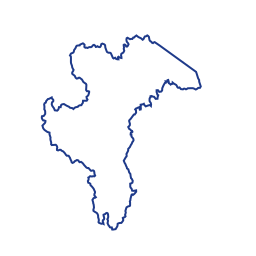 Ataléia, Minas Gerais, Brazil, rotated 344°
{"feature_id": "56859067B60504101034226", "entity_name": "Ataléia", "entity_type": "district", "adm_level": 2, "iso_a3": "BRA", "parent_name": "Brazil", "parent_adm1": "Minas Gerais", "projection": "equal_earth", "projection_center": [-41.183, -18.216], "detail": "fine", "context": "isolated", "style": "outline", "palette": "blue", "viewbox_px": 256, "rotation_deg": 344, "n_neighbors": 0, "source": "geoboundaries", "source_scale": "gbopen_adm2", "svg_char_len": 5712}
<svg xmlns="http://www.w3.org/2000/svg" viewBox="0 0 256 256"><g transform="rotate(344 128 128)"><path d="M119.1,39.8L118.2,38.7L117.2,38.8L115.6,39.9L114.6,40.1L113.7,39.7L112.8,39.6L111.1,39.9L110.3,39.3L109.1,39.1L108.4,38.0L109.2,36.0L108.6,34.9L108.0,34.2L105.0,34.6L104.3,35.3L103.4,35.0L101.6,34.8L100.9,35.1L99.3,37.0L97.7,38.2L97.1,39.4L96.4,40.3L95.3,40.6L94.2,40.6L93.5,40.9L92.2,42.3L92.8,43.4L92.5,44.8L91.3,48.9L91.1,50.0L91.3,52.9L91.1,54.2L91.3,55.7L91.7,57.1L91.0,58.1L90.0,58.9L89.4,59.8L89.5,61.0L90.1,61.6L91.2,63.2L91.5,65.2L92.2,66.3L93.4,66.5L94.2,66.1L95.3,66.3L96.2,67.5L97.1,68.7L97.8,71.5L99.8,74.0L99.9,75.1L98.2,79.9L98.7,81.3L100.0,81.7L100.7,82.2L100.4,83.2L99.0,85.4L98.0,86.1L96.7,86.6L96.5,88.0L96.9,89.5L95.8,90.4L92.3,89.4L91.5,91.4L90.1,92.5L89.5,93.2L87.8,92.9L86.5,93.1L85.6,93.8L83.0,93.6L80.7,94.7L80.2,93.7L77.8,92.5L77.1,91.3L75.1,89.6L73.0,87.3L71.2,87.1L70.2,87.4L69.5,88.3L69.0,89.4L67.4,88.9L66.8,90.1L65.9,91.2L64.7,91.8L62.5,90.8L62.3,88.7L61.3,85.9L61.2,84.3L61.7,83.0L62.3,82.2L63.1,82.0L63.7,81.4L63.9,80.3L63.5,79.4L63.0,78.7L63.1,77.6L60.2,78.2L59.0,78.1L56.7,79.6L56.0,80.9L54.7,81.2L53.9,82.2L53.5,84.7L52.7,87.0L53.0,88.3L52.9,89.5L52.3,91.6L50.5,93.1L49.7,93.2L48.7,92.9L48.2,93.6L47.9,94.8L48.1,96.2L48.6,97.4L49.7,97.7L50.6,98.5L50.2,99.5L49.5,100.3L46.4,102.1L46.4,104.7L46.8,106.0L47.4,107.1L49.5,109.7L50.3,110.1L51.3,110.8L50.8,112.5L50.9,115.8L50.4,117.0L50.2,118.2L50.2,120.5L50.0,121.5L49.6,122.3L50.0,123.4L53.9,124.2L54.4,125.0L54.7,126.1L54.6,127.4L53.9,128.5L53.7,129.6L54.6,130.3L56.5,130.1L57.4,130.5L57.8,131.4L59.3,132.7L60.3,134.7L61.1,137.1L61.7,137.9L62.4,137.9L63.3,138.4L64.0,140.7L64.1,142.4L64.4,143.9L64.4,145.5L65.1,146.3L66.6,146.0L67.7,145.2L68.8,145.1L69.7,144.7L70.7,145.0L71.4,145.6L71.6,146.8L72.2,147.6L73.5,147.6L74.3,148.6L74.9,149.6L75.6,151.5L77.1,154.5L77.9,155.3L79.0,155.6L80.5,158.8L81.3,159.1L82.2,159.0L83.0,159.3L83.5,160.1L83.4,161.4L83.1,163.0L83.3,164.7L82.3,165.2L81.2,164.7L80.0,164.7L78.3,163.9L77.2,164.5L76.2,164.7L76.2,166.1L75.6,167.1L74.8,167.9L74.7,169.6L75.7,170.3L76.4,171.2L76.2,172.7L77.1,174.2L78.2,176.8L78.7,180.4L78.3,181.3L77.5,182.2L77.1,183.5L78.0,185.7L77.0,186.0L76.2,185.8L75.5,186.0L74.0,187.3L74.0,189.9L73.8,190.9L73.9,192.1L73.4,195.0L72.1,197.2L72.0,198.2L72.8,199.2L74.6,201.1L75.1,202.6L75.1,204.1L74.7,205.5L74.7,207.8L74.4,209.1L73.7,210.3L74.0,211.2L76.0,212.7L76.9,212.6L78.0,213.5L78.1,212.0L78.0,210.5L78.5,209.7L79.5,209.4L80.2,208.4L80.4,206.9L80.3,205.7L80.6,204.6L82.5,204.4L83.2,203.9L84.3,203.8L84.9,204.4L85.0,205.5L84.5,208.0L83.9,209.1L83.0,210.0L83.3,211.2L82.8,212.6L82.1,213.8L82.5,216.5L83.0,217.2L83.2,218.4L84.0,218.9L85.0,219.1L85.0,220.2L84.8,221.2L85.5,221.5L88.2,221.8L90.6,219.6L91.2,218.5L91.6,217.3L92.3,217.0L93.9,217.0L95.5,217.4L97.3,216.1L98.1,215.2L98.2,213.0L98.9,212.8L99.7,212.9L100.5,212.7L101.3,212.2L101.2,210.8L102.0,209.6L102.6,208.5L102.6,207.1L103.8,205.2L104.7,203.9L106.0,203.5L107.0,203.4L108.1,203.5L108.7,202.9L109.5,200.1L109.5,199.1L110.3,198.2L110.9,196.7L112.9,193.3L113.7,192.9L114.3,193.7L115.9,193.1L118.3,191.5L118.6,190.2L116.2,190.0L114.7,189.4L114.7,187.3L114.1,186.1L114.0,185.1L114.8,182.1L116.0,182.1L117.2,181.7L118.0,180.1L117.6,177.9L117.1,177.1L117.2,175.4L117.6,172.8L116.9,171.1L116.9,167.8L115.9,166.6L116.0,165.3L115.7,163.8L115.6,162.1L115.2,160.9L114.9,158.3L117.8,155.5L118.8,154.9L119.2,153.7L119.3,152.6L121.5,150.3L122.1,149.4L122.4,148.2L124.5,146.9L126.2,145.0L127.3,144.1L128.3,142.7L129.1,142.3L130.0,141.2L130.1,139.6L129.0,137.2L129.4,135.6L128.7,135.1L129.0,134.2L129.4,133.4L130.4,133.4L131.2,132.9L131.1,131.9L130.3,131.4L129.8,130.1L128.9,129.2L128.5,127.1L130.4,126.0L131.0,124.6L131.0,121.5L131.8,120.6L132.9,120.1L137.3,116.7L138.2,116.9L140.0,115.5L140.5,113.4L140.0,112.1L140.9,111.5L141.6,111.6L142.6,111.2L144.0,111.2L145.0,110.9L144.5,111.9L144.4,113.6L145.3,113.7L145.7,112.9L146.1,110.9L146.5,110.1L146.6,109.1L149.0,109.3L149.9,109.1L150.0,110.2L151.0,112.1L153.6,111.9L155.5,112.0L156.1,113.1L156.7,111.7L156.8,110.2L156.2,108.4L156.3,107.4L156.8,105.8L157.3,105.1L158.2,104.7L158.3,103.7L159.1,103.6L160.1,104.2L160.7,104.8L161.7,105.2L162.6,107.6L164.4,108.0L165.0,106.5L166.1,104.8L165.4,104.0L165.5,102.7L165.4,101.3L165.9,99.6L167.2,99.9L168.0,101.9L170.1,102.1L171.2,101.2L171.9,99.2L173.8,96.9L175.8,94.9L176.8,94.9L177.0,93.5L178.2,94.2L179.1,92.9L179.9,92.9L179.9,94.6L179.6,96.2L180.5,97.1L180.9,98.0L181.9,97.7L182.9,97.8L183.4,96.6L184.2,97.8L186.2,99.9L186.6,101.2L186.7,102.3L187.3,103.2L188.7,103.2L189.6,105.2L191.5,106.0L192.4,105.6L193.3,105.8L194.4,106.8L195.2,106.7L196.5,106.3L201.3,107.6L202.3,108.3L203.8,109.7L205.5,109.3L206.5,108.8L208.3,109.2L209.4,108.1L209.2,103.5L209.3,102.6L209.6,101.6L209.1,99.5L209.0,94.9L208.9,92.8L181.2,57.5L177.3,52.8L176.2,52.9L175.4,53.3L174.6,52.7L174.2,51.5L173.4,50.8L172.9,49.4L173.2,46.1L172.6,44.9L172.0,44.3L171.3,44.7L170.5,44.8L169.7,44.6L168.9,45.1L167.3,46.9L166.4,47.2L165.2,45.3L163.1,43.5L161.6,41.4L159.7,42.1L158.9,42.7L158.0,42.5L156.7,43.6L155.6,43.2L154.4,43.2L152.4,41.1L151.5,41.3L150.9,42.4L150.6,43.9L150.7,44.9L151.5,46.7L151.6,47.7L150.3,49.1L149.4,49.5L148.7,49.1L148.6,47.8L148.0,47.0L147.4,46.7L146.7,47.0L146.3,49.7L145.7,50.7L145.7,52.7L144.3,54.2L143.0,54.5L142.0,54.9L141.3,56.4L141.3,57.8L141.0,58.9L139.3,58.0L138.6,56.9L137.8,57.2L137.5,58.2L137.6,59.3L136.6,59.0L135.6,58.3L135.0,56.9L133.4,57.2L132.8,56.4L132.2,51.9L131.9,51.0L131.2,50.6L130.3,50.4L129.4,49.8L128.8,49.1L128.6,47.8L128.4,44.4L128.8,42.1L128.3,41.1L126.6,39.8L125.5,40.0L124.2,42.0L123.4,42.5L122.6,42.3L121.9,41.8L121.2,41.0L120.2,41.3L119.4,41.2L119.1,39.8Z" fill="none" stroke="#1e3a8a" stroke-width="2"/></g></svg>